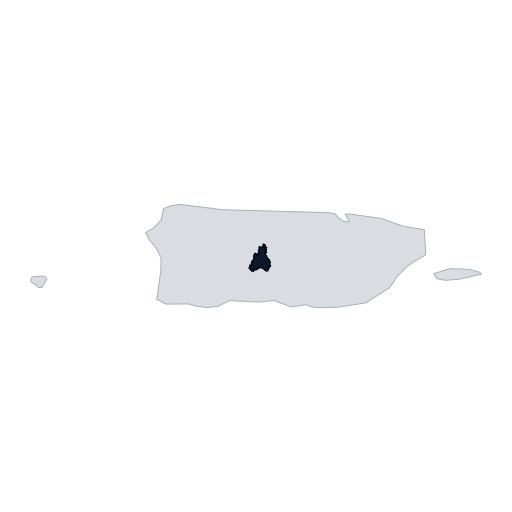 location of Jayuya, Puerto Rico
{"feature_id": "32010507B17453471751527", "entity_name": "Jayuya", "entity_type": "district", "adm_level": 2, "iso_a3": "PRI", "parent_name": "Puerto Rico", "parent_adm1": "", "projection": "mercator", "projection_center": [-66.589, 18.225], "detail": "fine", "context": "in_parent", "style": "filled", "palette": "ink", "viewbox_px": 512, "rotation_deg": 0, "n_neighbors": 0, "source": "geoboundaries", "source_scale": "gbopen_adm2", "svg_char_len": 3837}
<svg xmlns="http://www.w3.org/2000/svg" viewBox="0 0 512 512"><path d="M339.0,218.3L344.2,221.8L349.4,221.3L345.2,214.0L349.0,214.0L381.7,218.5L402.7,226.1L424.3,229.7L425.7,254.7L409.1,264.7L398.2,275.1L389.3,287.9L366.0,302.8L337.9,307.2L319.3,307.6L312.3,307.1L305.5,304.6L291.4,307.0L273.9,300.5L259.0,302.1L229.3,300.6L218.2,306.2L207.6,307.5L197.1,306.4L188.2,303.9L166.2,304.1L156.9,299.2L160.8,270.8L161.1,257.9L155.7,247.3L149.8,240.6L145.5,232.7L154.1,227.5L161.2,219.9L163.5,208.5L171.2,205.7L180.3,204.4L222.4,209.7L328.9,212.7L334.9,213.7L339.0,218.3ZM459.0,279.2L445.6,280.3L436.9,278.8L434.0,273.5L450.2,268.6L469.1,269.3L479.9,272.3L481.3,274.2L459.0,279.2ZM41.7,287.4L40.1,287.6L38.5,287.4L37.8,286.9L36.7,285.3L31.9,282.6L30.7,280.1L31.8,277.5L33.8,276.5L43.7,276.2L44.7,276.4L46.6,278.2L46.7,279.5L45.7,280.8L44.0,283.9L43.3,284.7L42.7,285.5L42.5,286.9L41.7,287.4Z" fill="#d9dde1" stroke="#a8b0b8" stroke-width="1"/><path d="M264.4,244.6L263.9,244.3L263.3,244.3L263.1,245.0L263.3,245.2L263.3,245.9L263.1,245.9L263.1,246.4L262.8,246.8L262.3,247.2L262.1,247.1L261.8,247.1L261.5,247.2L260.9,247.2L260.5,247.3L260.4,247.2L260.1,247.4L259.9,247.2L259.7,247.3L259.6,247.1L259.5,247.3L259.3,247.1L259.1,247.2L259.1,247.4L258.9,247.6L259.4,247.4L259.4,247.6L259.2,247.7L259.1,248.0L259.4,248.1L259.5,248.5L259.3,248.9L259.3,249.1L259.3,249.6L259.1,249.7L258.9,249.9L258.8,250.4L258.5,250.7L258.8,251.0L259.1,251.2L259.2,251.4L258.9,251.7L258.6,252.4L258.8,252.6L258.8,253.0L258.4,253.0L258.2,253.5L257.9,253.8L258.1,254.0L257.9,254.6L257.6,255.4L257.4,255.1L256.8,254.8L256.5,254.8L256.5,254.4L256.2,254.4L256.0,253.8L255.8,253.8L255.6,253.5L255.4,253.4L254.9,253.5L254.5,253.9L254.4,255.9L254.2,256.3L253.8,255.8L253.7,256.0L253.6,256.3L254.1,256.9L253.9,257.8L253.9,258.1L253.7,258.6L253.9,259.4L253.9,259.7L253.6,259.7L253.3,259.9L252.9,260.3L252.5,260.9L252.1,260.9L252.0,261.0L252.2,261.7L251.9,262.1L251.8,262.8L251.4,263.0L251.6,263.6L251.5,264.2L251.7,264.4L251.7,264.8L251.5,265.3L250.6,265.2L249.8,265.4L249.9,266.0L250.1,266.6L250.1,267.0L249.9,267.0L249.6,267.5L249.4,267.7L249.9,267.7L249.9,268.3L250.0,268.7L250.3,268.9L250.1,269.4L250.3,269.7L250.8,269.9L251.4,270.0L251.6,270.5L251.7,270.3L252.1,270.5L252.5,270.9L252.8,271.0L253.3,271.3L253.4,271.2L253.4,270.8L253.2,270.6L253.5,270.4L253.5,270.2L253.8,269.7L254.1,269.7L254.3,270.0L254.6,270.1L255.1,269.8L255.8,269.8L256.1,269.6L256.5,269.6L256.8,269.3L257.2,269.1L257.4,268.7L258.0,268.3L258.5,268.5L258.9,268.1L258.9,267.7L259.1,267.5L259.4,267.4L259.6,267.6L259.9,267.5L260.1,267.3L260.4,267.3L260.7,267.7L261.4,267.9L262.0,268.0L262.5,268.0L263.0,268.0L263.4,268.4L263.5,268.8L264.2,269.1L264.4,269.7L264.8,269.7L265.3,269.9L265.3,270.3L265.6,270.6L265.9,270.7L266.5,270.7L266.8,270.9L267.0,270.7L267.7,270.7L267.8,270.3L268.2,269.8L268.1,269.4L268.4,269.2L268.4,268.9L268.8,268.4L268.7,268.3L268.7,267.9L269.0,267.6L269.0,267.4L269.4,267.0L269.2,266.5L269.5,266.6L269.6,266.4L269.9,266.4L270.0,266.5L270.3,266.4L270.5,265.8L270.0,265.2L270.0,264.9L269.6,264.6L269.5,264.3L269.7,263.9L269.7,263.6L270.1,263.0L270.2,262.7L270.2,262.2L269.9,261.6L269.8,261.4L269.6,261.1L269.5,260.7L269.3,259.9L269.1,259.7L268.6,259.6L268.6,259.4L268.0,258.6L267.4,258.6L266.8,256.8L266.4,255.6L265.1,255.0L264.8,254.6L264.9,254.3L265.1,254.2L265.4,253.8L265.0,253.3L265.2,253.2L265.2,252.6L265.5,252.7L265.9,252.7L266.0,252.6L266.3,252.5L266.2,252.3L265.8,252.0L265.5,252.0L265.6,251.6L265.5,251.3L265.5,251.1L266.0,251.0L265.9,250.7L266.1,250.8L266.2,250.6L265.9,250.3L265.7,250.2L265.6,249.8L265.8,249.8L266.2,249.9L266.3,249.7L266.2,249.4L265.9,249.4L265.9,248.8L265.9,248.5L266.1,248.2L266.4,247.6L265.4,247.3L265.0,246.6L265.3,246.1L265.2,246.0L265.4,245.6L265.3,245.3L264.9,245.3L264.4,244.9L264.4,244.6Z" fill="#0f172a" stroke="#020617" stroke-width="1.5"/></svg>